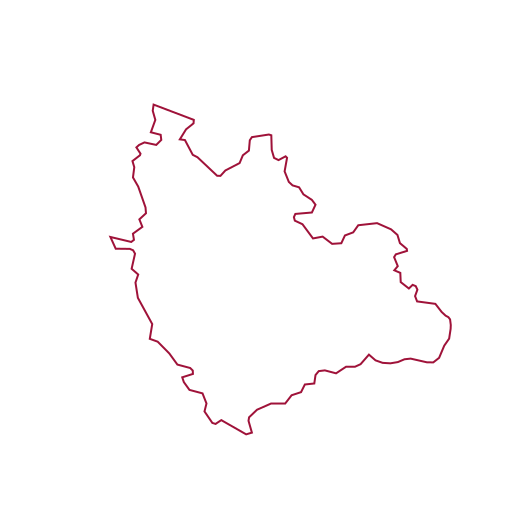 the border of Oxfordshire, rotated 329°
{"feature_id": "GBR-2751", "entity_name": "Oxfordshire", "entity_type": "Administrative County", "adm_level": 1, "iso_a3": "GBR", "parent_name": "United Kingdom", "parent_adm1": "", "projection": "albers", "projection_center": [-1.264, 51.807], "detail": "fine", "context": "isolated", "style": "outline", "palette": "rose", "viewbox_px": 512, "rotation_deg": 329, "n_neighbors": 0, "source": "natural_earth", "source_scale": "10m", "svg_char_len": 1914}
<svg xmlns="http://www.w3.org/2000/svg" viewBox="0 0 512 512"><g transform="rotate(329 256 256)"><path d="M141.2,324.6L142.8,321.6L141.9,318.1L132.7,308.6L131.5,294.9L127.6,278.8L122.3,272.3L132.0,260.9L133.2,231.0L139.0,216.7L145.5,211.2L142.8,202.9L153.5,191.7L153.6,187.8L151.5,184.9L139.5,177.5L141.0,164.7L156.3,179.7L159.7,179.3L162.0,173.5L173.6,172.5L174.9,164.5L183.7,162.7L186.3,157.5L190.8,135.8L191.0,125.3L197.4,117.2L199.0,111.0L208.4,109.9L209.7,108.8L209.4,101.3L213.0,100.6L218.9,101.2L227.7,109.4L234.6,107.7L236.7,103.0L229.6,95.8L239.8,87.5L242.3,78.3L246.2,73.5L272.8,107.3L270.8,110.1L261.3,111.4L250.8,116.8L254.8,120.0L253.9,136.7L256.7,141.2L264.0,167.2L266.8,169.0L273.8,166.9L289.8,167.9L296.6,162.9L304.2,162.0L310.3,153.6L313.7,152.0L329.6,158.5L331.3,160.4L324.1,173.2L322.0,181.2L324.7,185.4L332.7,185.8L333.2,187.8L324.1,198.2L322.3,209.4L323.7,214.3L328.3,219.3L328.4,227.6L332.8,236.7L333.4,242.7L326.3,247.5L311.4,240.2L308.5,242.2L307.5,245.7L312.2,252.7L313.9,270.3L323.1,273.7L327.5,284.8L335.7,289.0L342.8,284.2L351.5,285.8L359.5,282.3L376.7,290.2L385.5,302.7L388.1,310.8L386.0,319.1L388.9,327.6L388.1,329.4L376.7,326.6L373.8,328.1L372.3,337.7L367.2,339.5L371.0,344.8L366.6,352.9L370.3,362.6L375.4,361.4L377.4,364.1L377.0,368.0L371.7,372.3L370.7,377.9L385.1,389.4L386.3,399.6L387.8,404.8L389.4,407.5L389.7,410.3L387.4,415.5L385.3,418.7L379.0,426.3L371.2,429.8L360.5,437.6L353.2,438.5L347.9,435.3L335.7,423.6L330.1,421.0L323.0,420.0L315.9,417.2L309.5,412.8L304.7,407.0L302.0,398.7L289.9,402.6L283.8,401.9L276.2,397.3L264.2,397.8L256.1,389.5L250.5,387.0L245.7,388.7L240.3,395.3L231.7,391.3L224.5,395.9L214.8,393.7L205.0,397.5L192.9,390.2L177.7,388.3L167.0,390.7L164.7,393.4L161.5,405.3L155.7,403.8L141.7,378.8L134.8,379.1L132.6,376.6L131.8,362.7L137.6,356.9L139.4,346.2L130.0,336.5L129.2,326.9L130.3,322.0L141.2,324.6Z" fill="none" stroke="#9f1239" stroke-width="2"/></g></svg>